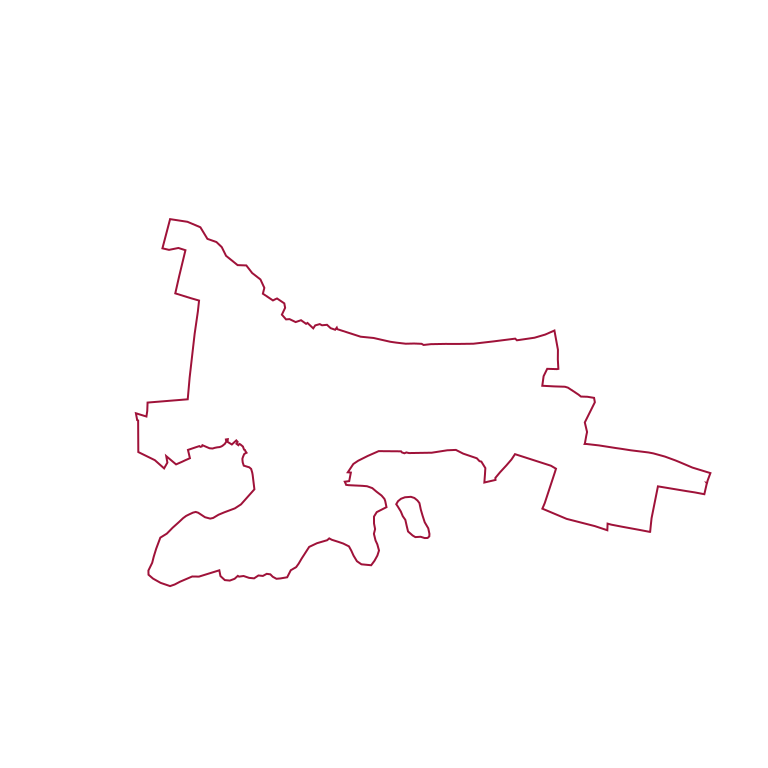 the district of Vaini, Tongatapu, Tonga, rotated 162°
{"feature_id": "48082658B87920107186750", "entity_name": "Vaini", "entity_type": "district", "adm_level": 2, "iso_a3": "TON", "parent_name": "Tonga", "parent_adm1": "Tongatapu", "projection": "albers", "projection_center": [-175.201, -21.199], "detail": "fine", "context": "isolated", "style": "outline", "palette": "rose", "viewbox_px": 768, "rotation_deg": 162, "n_neighbors": 0, "source": "geoboundaries", "source_scale": "gbopen_adm2", "svg_char_len": 4163}
<svg xmlns="http://www.w3.org/2000/svg" viewBox="0 0 768 768"><g transform="rotate(162 384 384)"><path d="M176.6,161.1L174.1,166.8L171.0,173.7L155.1,202.0L129.3,188.6L121.8,184.8L113.4,180.2L107.6,189.9L107.7,190.2L107.4,190.0L106.1,192.1L101.1,198.4L116.5,209.2L122.0,214.0L127.3,218.6L130.5,221.3L139.3,228.2L149.3,234.8L153.7,237.2L169.6,244.6L178.5,249.1L183.4,251.5L190.7,255.2L198.6,259.2L209.8,264.3L211.7,265.0L211.2,265.6L207.5,272.5L205.7,275.6L204.9,285.4L189.1,301.5L188.5,305.9L194.5,309.0L200.6,311.2L202.3,313.8L210.2,323.7L212.8,325.5L222.8,329.1L234.0,333.4L229.8,342.1L224.1,348.0L214.9,344.7L213.5,344.5L211.1,353.6L208.0,362.8L205.4,382.2L215.4,381.2L226.5,381.5L244.1,384.5L245.2,386.6L266.8,390.7L286.6,394.7L302.1,399.5L313.0,403.1L327.1,407.4L334.3,408.9L335.8,410.6L342.9,413.2L350.9,415.6L359.2,419.4L362.7,421.1L365.1,422.3L379.7,431.0L391.6,436.2L411.5,450.6L411.5,452.2L413.7,450.7L417.5,453.6L419.9,457.9L424.8,459.0L426.6,460.8L431.3,461.0L434.1,458.8L437.7,465.3L437.9,465.7L439.5,465.3L443.2,470.3L448.9,470.2L453.8,474.9L457.2,475.7L459.7,481.5L454.5,487.0L453.9,491.5L459.3,498.4L461.2,498.2L463.8,497.8L471.3,507.3L468.1,512.4L469.2,521.6L475.1,530.3L478.3,539.3L486.5,542.3L494.6,554.7L496.0,564.3L499.5,570.8L507.1,576.6L510.2,589.8L520.8,599.0L536.1,606.7L536.5,606.9L552.8,581.5L547.0,578.0L537.5,576.9L531.5,572.6L545.5,549.8L554.5,534.7L541.2,525.3L534.1,520.5L538.6,510.5L548.6,490.2L566.8,450.3L575.4,430.1L614.6,439.4L617.5,431.5L620.0,426.5L629.0,432.8L629.9,425.9L629.1,425.3L632.2,415.6L638.7,395.2L631.8,388.5L625.5,382.4L619.2,371.7L614.3,376.2L613.4,382.7L606.6,371.8L600.4,372.4L596.5,372.9L591.5,373.4L590.8,381.9L581.6,382.0L578.8,382.0L578.1,381.0L576.6,380.9L575.6,381.9L569.8,376.8L566.9,375.6L564.8,375.6L562.2,375.3L559.8,374.8L557.8,374.9L556.5,375.2L555.1,375.8L554.1,376.1L551.8,377.9L551.5,380.1L549.6,379.8L550.7,377.3L547.4,373.5L541.9,376.0L541.1,374.2L542.8,372.8L541.4,370.8L540.1,371.7L539.3,371.0L537.5,368.1L537.4,364.9L536.7,364.3L536.5,362.8L536.0,361.1L537.4,360.9L538.7,360.5L539.9,359.1L540.9,357.9L541.8,356.6L542.2,355.0L542.6,353.1L542.6,349.7L537.9,346.4L536.6,344.3L536.7,340.5L537.0,338.2L539.8,323.9L557.2,313.7L564.3,311.8L573.5,311.4L575.6,311.3L581.8,310.8L587.9,309.4L590.9,309.7L595.4,312.6L600.5,319.0L602.6,320.5L605.4,320.7L609.5,320.2L612.9,319.7L616.5,318.5L621.8,316.0L629.5,312.6L633.1,310.7L636.8,308.8L644.2,307.0L651.6,297.7L656.3,291.0L659.7,285.6L665.7,279.4L666.9,275.4L663.8,270.3L657.9,263.9L649.9,257.9L645.0,258.0L639.1,259.0L625.9,260.2L619.5,258.0L598.2,257.7L598.9,251.9L596.0,246.7L591.4,244.7L586.3,244.9L582.3,246.7L581.4,245.6L576.9,244.8L572.2,241.3L567.6,239.3L562.6,240.7L558.5,238.9L554.2,239.7L550.9,238.1L549.4,235.1L546.5,232.0L542.6,231.1L535.8,230.1L530.2,235.7L524.1,237.0L520.7,239.5L516.3,243.4L505.5,252.2L496.9,253.3L486.3,253.0L483.8,254.1L481.8,252.0L476.1,247.9L472.1,244.9L467.5,240.4L466.6,235.6L466.0,230.2L464.5,223.8L461.2,219.5L452.2,215.6L447.7,218.8L443.3,222.9L440.2,227.2L439.9,233.6L440.4,237.8L439.9,244.6L437.3,248.8L436.6,254.4L434.5,261.0L430.5,264.4L419.7,266.1L419.0,272.4L419.1,274.6L420.8,278.7L424.4,283.9L427.3,288.6L431.7,292.0L436.2,293.9L443.1,296.5L448.9,298.7L451.2,299.8L451.2,300.4L451.5,303.2L447.1,302.4L442.9,310.0L445.7,311.2L437.9,317.4L432.3,319.0L421.7,320.6L409.8,321.8L388.6,314.7L388.1,313.4L386.0,311.8L383.9,312.0L381.6,310.6L359.8,303.9L344.3,301.4L336.0,299.1L330.2,293.3L318.7,284.7L317.0,281.1L315.4,280.1L314.6,276.8L313.6,272.7L316.0,266.6L319.0,259.3L307.6,258.3L307.1,260.3L300.9,264.2L292.7,268.8L286.1,272.8L281.1,276.8L267.8,267.2L250.5,254.7L246.6,250.3L247.6,248.9L248.5,247.6L267.9,221.1L271.9,216.5L252.0,199.3L227.4,183.7L216.8,175.9L214.5,182.1L211.3,180.0L201.7,174.7L186.5,166.5L176.7,161.1L176.6,161.1ZM390.1,224.1L388.0,225.1L387.1,227.4L386.5,233.1L388.0,239.9L388.0,246.9L387.8,253.2L387.1,259.8L388.2,262.9L390.3,266.2L393.3,268.4L399.1,269.8L403.3,269.6L406.9,268.2L409.5,265.9L408.8,263.5L407.4,257.6L407.0,252.5L405.7,248.2L406.3,241.7L406.7,236.3L403.6,231.1L401.5,228.7L396.4,227.4L392.9,224.9L390.1,224.1Z" fill="none" stroke="#9f1239" stroke-width="2"/></g></svg>